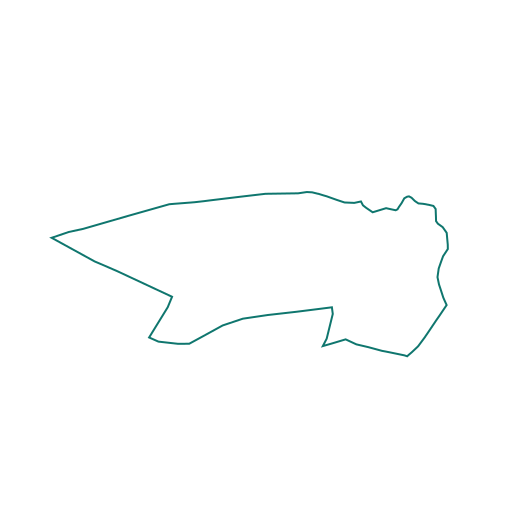 Al Qutayfah, Rif Dimashq, Syria (Natural Earth projection), rotated 204°
{"feature_id": "27442178B63021739925615", "entity_name": "Al Qutayfah", "entity_type": "district", "adm_level": 2, "iso_a3": "SYR", "parent_name": "Syria", "parent_adm1": "Rif Dimashq", "projection": "natural_earth1", "projection_center": [36.695, 33.816], "detail": "fine", "context": "isolated", "style": "outline", "palette": "teal", "viewbox_px": 512, "rotation_deg": 204, "n_neighbors": 0, "source": "geoboundaries", "source_scale": "gbopen_adm2", "svg_char_len": 1591}
<svg xmlns="http://www.w3.org/2000/svg" viewBox="0 0 512 512"><g transform="rotate(204 256 256)"><path d="M450.1,189.5L401.1,185.4L396.0,185.5L376.6,185.7L316.1,184.6L315.8,173.3L320.5,138.1L310.3,138.1L291.4,144.1L281.3,148.7L271.8,161.1L258.2,179.0L242.5,193.4L221.2,206.9L196.2,221.6L174.2,234.9L165.8,240.0L162.3,234.3L157.8,209.2L158.3,200.9L151.5,206.6L140.2,216.3L128.4,216.1L116.4,218.4L102.3,220.6L99.0,221.4L95.9,222.1L94.6,222.4L87.3,224.0L80.0,225.6L77.1,225.9L76.5,227.3L74.5,231.5L71.4,238.9L71.1,239.8L68.6,251.0L68.6,251.3L67.9,255.0L67.2,259.0L66.9,260.7L66.8,261.4L66.5,262.8L66.5,263.1L65.8,267.0L65.2,270.5L64.1,276.2L62.8,283.6L61.9,288.7L62.1,288.9L66.6,292.9L66.8,293.1L67.0,293.3L67.8,294.0L68.0,294.2L74.2,301.1L77.3,304.5L81.6,310.5L84.0,318.9L84.6,326.1L85.0,331.9L83.6,340.4L85.4,344.3L91.2,354.7L97.2,358.3L100.1,358.9L103.0,359.5L105.7,361.1L107.6,365.1L108.8,367.5L111.0,372.0L112.7,373.0L114.3,373.9L119.1,373.0L120.2,372.7L122.1,372.3L123.9,371.8L124.7,371.6L129.0,370.1L131.9,370.6L133.4,370.9L137.6,372.5L140.5,372.7L142.1,371.6L144.0,369.0L144.5,363.5L145.4,358.8L145.7,356.2L147.0,354.6L155.1,352.9L156.6,352.6L164.9,345.4L167.2,343.4L174.9,344.8L178.9,345.8L182.3,348.5L185.6,346.1L187.8,344.5L196.9,340.9L205.1,340.1L208.9,339.8L214.1,339.4L215.6,339.3L219.2,338.8L224.3,338.2L225.0,338.0L230.6,337.0L235.6,335.1L243.0,330.4L272.6,316.7L293.2,304.5L299.4,300.8L319.8,288.6L325.9,284.9L333.9,280.2L337.0,278.5L352.7,270.0L354.5,269.0L356.3,268.0L389.3,240.5L424.9,210.5L436.8,201.8L450.1,189.5Z" fill="none" stroke="#0f766e" stroke-width="2"/></g></svg>